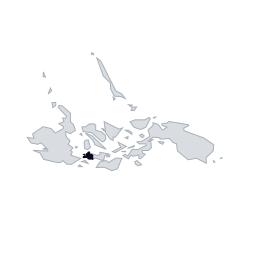 Southern Leyte, Southern Leyte, Philippines (highlighted), rotated 110°
{"feature_id": "2640588B85389361952197", "entity_name": "Southern Leyte", "entity_type": "district", "adm_level": 2, "iso_a3": "PHL", "parent_name": "Philippines", "parent_adm1": "Southern Leyte", "projection": "robinson", "projection_center": [125.101, 10.248], "detail": "medium", "context": "in_parent", "style": "filled", "palette": "ink", "viewbox_px": 256, "rotation_deg": 110, "n_neighbors": 0, "source": "geoboundaries", "source_scale": "gbopen_adm2", "svg_char_len": 5298}
<svg xmlns="http://www.w3.org/2000/svg" viewBox="0 0 256 256"><g transform="rotate(110 128 128)"><path d="M120.4,40.1L129.3,44.5L134.4,42.3L133.0,53.2L137.3,60.7L132.7,73.6L126.2,77.1L126.3,80.7L123.7,85.5L127.3,93.5L126.5,95.7L128.1,101.4L133.5,104.7L133.3,101.7L138.5,99.3L142.2,101.1L144.2,107.1L146.6,105.9L146.8,102.8L152.8,105.9L152.7,107.5L149.6,108.6L152.9,113.7L152.4,115.9L156.8,117.0L155.7,123.4L153.5,121.7L154.4,118.6L146.7,116.9L144.9,111.4L138.1,105.0L136.6,105.2L139.0,112.0L138.1,114.8L135.5,110.3L128.3,104.5L123.0,108.5L116.9,105.3L114.5,106.4L114.3,101.1L118.2,94.8L113.9,91.6L113.9,97.0L112.1,97.4L109.9,92.8L107.9,92.0L104.3,72.6L105.0,71.7L108.9,75.5L111.4,74.6L111.4,53.6L114.4,41.6L120.4,40.1ZM172.8,162.1L181.5,168.7L182.9,173.2L180.9,178.1L183.6,179.6L184.8,183.5L186.3,196.7L181.6,202.1L181.5,209.6L177.1,195.5L175.4,196.5L171.7,204.3L174.2,207.4L175.2,214.1L171.3,219.4L169.9,212.9L166.2,215.6L155.9,208.3L154.8,200.2L157.5,194.6L150.9,188.8L148.8,189.0L147.6,194.5L144.0,190.4L140.9,192.8L140.3,190.1L138.2,189.6L132.4,200.8L130.3,200.5L129.8,197.3L133.7,187.1L141.8,184.2L143.5,180.3L148.1,176.6L153.1,180.3L152.5,185.6L157.4,183.1L159.9,178.0L163.8,178.6L165.5,172.9L168.8,174.3L169.6,172.2L173.1,172.3L172.8,162.1ZM146.7,168.8L142.8,171.7L141.2,168.1L137.6,165.9L135.6,161.2L136.5,159.3L141.1,157.6L140.7,151.8L142.7,146.6L146.0,145.1L149.1,146.1L149.8,148.0L144.8,160.6L146.7,168.8ZM170.0,124.0L173.6,128.6L173.0,136.8L176.0,144.3L169.9,143.0L167.5,140.3L166.1,137.3L167.0,134.5L160.4,129.1L158.6,123.4L170.0,124.0ZM129.8,133.2L141.0,136.8L141.6,138.9L144.8,137.6L144.4,141.0L140.1,147.4L130.2,152.6L132.1,136.1L129.8,133.2ZM87.6,169.0L72.8,181.3L74.4,176.5L97.2,152.2L98.2,145.4L101.2,140.7L100.9,145.6L102.8,151.9L96.8,157.9L91.8,159.9L87.6,169.0ZM111.6,110.3L121.3,111.5L125.1,115.7L125.3,122.4L121.6,128.2L117.9,124.2L114.6,115.1L110.9,111.8L111.6,110.3ZM162.0,140.3L166.2,139.9L167.4,142.1L167.3,147.9L170.3,154.5L168.8,156.2L166.9,153.7L167.4,158.3L164.4,156.5L164.5,148.0L163.0,145.5L160.4,146.1L159.0,137.6L162.0,140.3ZM147.4,166.3L147.6,159.2L155.5,141.2L155.1,153.3L151.4,157.0L147.4,166.3ZM162.2,161.7L156.5,164.3L154.2,163.9L152.8,161.3L159.1,156.6L162.0,158.4L162.2,161.7ZM145.8,123.2L155.5,131.7L155.6,134.6L148.7,128.2L144.8,132.3L145.8,123.2ZM159.3,108.8L157.2,110.1L155.5,108.3L157.8,102.6L160.1,105.5L159.3,108.8ZM134.6,205.6L130.2,208.1L128.6,204.7L131.4,203.6L134.6,205.6ZM105.3,127.1L109.5,128.2L110.5,131.1L106.8,131.1L105.3,127.1ZM129.9,110.0L132.3,111.1L131.0,114.6L128.8,112.9L129.9,110.0ZM119.0,212.5L123.5,214.7L117.0,214.5L119.0,212.5ZM175.4,159.9L173.1,157.1L175.2,152.7L174.9,155.4L175.4,159.9ZM132.6,122.2L131.0,129.8L129.9,126.7L130.9,123.0L132.6,122.2ZM108.4,223.0L108.7,225.3L104.2,226.7L108.4,223.0ZM131.4,89.8L131.2,93.2L130.2,94.7L129.0,89.4L131.4,89.8ZM139.3,148.6L137.3,152.9L137.3,150.4L139.3,148.6ZM107.1,132.4L106.0,135.5L105.0,131.9L107.1,132.4ZM162.4,138.2L160.9,138.3L159.4,135.8L161.2,135.5L162.4,138.2ZM138.2,124.5L138.1,127.3L136.0,125.0L138.2,124.5ZM181.3,161.5L179.1,161.0L180.1,158.0L181.3,161.5ZM143.5,115.9L147.4,121.6L142.4,116.0L143.5,115.9ZM106.7,150.9L104.1,152.5L104.8,150.0L106.7,150.9ZM150.8,168.7L150.3,171.1L148.8,169.9L150.8,168.7ZM151.5,122.8L152.4,126.2L150.5,121.9L151.5,122.8ZM71.1,187.9L69.7,187.8L70.0,185.6L71.0,185.4L71.1,187.9ZM164.7,170.6L163.0,170.7L162.9,169.4L163.9,169.2L164.7,170.6ZM176.6,200.6L175.4,199.1L175.8,197.5L176.6,198.3L176.6,200.6ZM109.4,106.2L110.1,108.1L108.1,105.9L109.4,106.2ZM169.9,157.2L170.6,159.7L168.7,156.6L169.9,157.2ZM131.1,35.4L129.1,37.0L130.5,34.7L131.1,35.4ZM133.0,103.0L130.4,101.5L130.4,100.5L133.0,103.0ZM124.0,29.3L125.6,31.1L123.7,29.9L124.0,29.3Z" fill="#d9dde1" stroke="#a8b0b8" stroke-width="1"/><path d="M164.1,156.2L164.2,156.6L164.4,156.9L164.5,156.9L164.7,157.0L165.2,156.9L165.7,157.1L165.9,157.3L165.9,157.5L166.3,157.7L166.7,158.1L166.9,158.3L167.2,158.4L167.3,158.6L167.3,158.4L167.4,158.1L167.4,157.5L167.2,157.2L167.2,156.9L167.1,156.6L166.9,156.2L166.8,155.8L166.9,155.3L166.9,155.2L166.9,154.5L166.8,154.2L166.7,153.8L166.7,153.6L166.9,153.5L167.2,153.5L167.4,153.7L167.6,154.2L167.6,154.5L167.8,154.8L168.0,155.6L168.3,156.1L168.5,156.3L168.6,156.5L168.8,156.4L168.6,155.3L168.7,155.0L168.8,154.9L169.1,155.1L169.7,155.4L170.2,155.2L170.3,154.7L170.3,154.1L170.2,153.9L170.2,153.6L170.0,153.3L169.8,153.5L169.7,153.5L169.3,152.9L169.3,152.7L169.4,152.2L169.2,151.8L169.1,151.7L169.1,151.4L169.2,151.2L169.4,151.0L169.3,150.9L169.3,150.6L169.2,150.5L168.8,150.6L168.1,151.1L168.0,151.3L168.0,151.5L167.3,151.6L166.7,151.8L166.0,151.8L165.7,152.2L165.7,152.8L165.6,153.1L165.6,153.3L165.9,153.8L165.9,154.6L166.0,154.7L166.0,154.9L165.8,155.2L165.4,155.3L165.3,155.5L165.2,155.5L165.1,155.8L164.8,156.0L164.5,156.1L164.4,156.2L164.1,156.2ZM169.8,159.3L170.0,159.4L170.2,159.9L170.3,160.0L170.6,160.0L170.7,159.8L170.7,159.6L170.4,159.2L170.5,158.8L170.0,158.2L169.9,157.7L169.7,157.0L169.3,156.9L169.1,156.9L168.7,156.5L168.5,156.8L168.5,157.2L168.7,157.9L169.0,158.0L169.3,158.2L169.8,159.3ZM168.1,159.7L167.8,159.3L168.0,159.8L167.9,160.1L168.0,160.2L168.1,159.7ZM169.9,152.6L169.8,152.4L169.9,152.2L169.8,152.5L169.9,152.6ZM169.8,152.8L169.7,152.8L169.8,152.9L169.8,152.8Z" fill="#0f172a" stroke="#020617" stroke-width="1.5"/></g></svg>